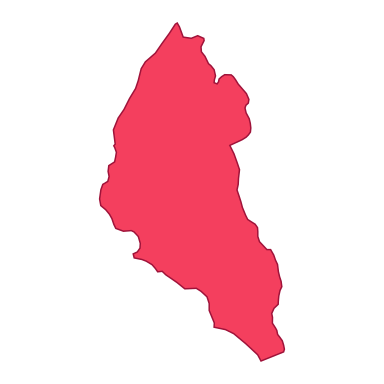 Agios Athanasios, Limassol, Cyprus (Robinson projection)
{"feature_id": "46923920B71165421067195", "entity_name": "Agios Athanasios", "entity_type": "district", "adm_level": 2, "iso_a3": "CYP", "parent_name": "Cyprus", "parent_adm1": "Limassol", "projection": "robinson", "projection_center": [33.058, 34.721], "detail": "fine", "context": "isolated", "style": "filled", "palette": "rose", "viewbox_px": 384, "rotation_deg": 0, "n_neighbors": 0, "source": "geoboundaries", "source_scale": "gbopen_adm2", "svg_char_len": 1845}
<svg xmlns="http://www.w3.org/2000/svg" viewBox="0 0 384 384"><path d="M177.2,23.0L175.3,24.2L169.4,33.3L161.8,43.8L155.4,53.1L145.4,61.8L141.2,68.7L138.2,80.8L135.6,88.5L129.6,98.4L124.0,109.5L118.2,118.0L113.4,129.9L115.2,144.1L113.8,145.8L114.7,147.5L116.4,152.3L115.6,157.2L114.6,161.9L108.8,165.6L108.1,171.4L109.1,176.5L107.8,181.4L102.8,184.4L100.9,189.7L99.6,199.0L100.8,205.6L105.8,209.8L109.5,214.3L111.9,218.6L113.9,224.5L115.8,228.4L123.4,231.2L131.3,230.6L134.0,231.9L138.3,236.5L140.3,243.4L140.0,248.1L137.3,252.0L133.2,253.9L134.2,257.9L142.0,259.5L146.1,261.1L152.1,264.7L155.3,268.4L157.7,271.8L162.2,271.3L165.8,274.8L177.0,282.5L184.8,288.8L196.3,288.3L200.9,291.2L207.0,296.8L209.2,303.5L209.2,310.5L211.6,316.3L214.3,322.9L214.1,327.2L225.5,329.6L233.8,333.7L246.0,343.9L257.7,354.8L261.0,361.0L283.6,351.9L283.7,351.6L284.4,349.2L283.6,345.1L282.3,340.8L280.2,337.8L277.6,334.4L276.8,330.4L275.5,328.0L272.4,323.2L272.5,317.3L271.7,313.5L274.0,308.3L278.2,304.3L278.3,301.4L278.8,295.9L280.0,290.5L281.8,286.7L281.1,281.4L279.6,276.8L278.4,271.7L277.5,264.4L275.5,260.2L273.7,255.0L270.6,249.6L266.9,249.6L259.5,241.7L257.8,236.5L257.8,231.6L257.5,227.6L255.1,224.2L251.1,221.7L247.7,219.5L245.6,215.3L242.4,207.5L240.9,201.8L239.0,195.9L237.0,190.0L238.2,184.4L238.5,178.4L239.5,169.7L237.4,163.4L234.0,153.9L229.8,145.4L242.3,139.6L246.1,137.2L248.4,134.9L250.4,132.1L250.8,128.0L250.3,123.4L249.2,118.7L246.1,112.9L245.0,108.0L245.9,105.3L248.3,103.1L248.9,99.4L246.4,93.6L238.2,84.1L235.5,79.7L233.3,76.7L231.2,74.9L224.7,74.7L221.6,76.7L219.1,79.0L218.5,81.9L217.1,83.9L214.1,82.7L214.4,79.7L215.5,75.9L214.1,69.7L211.1,65.9L210.1,65.0L208.5,63.7L205.0,56.4L201.4,51.8L201.0,46.8L204.1,40.6L203.8,38.4L197.7,35.7L191.3,38.3L183.2,37.1L179.4,26.8L177.2,23.0Z" fill="#f43f5e" stroke="#9f1239" stroke-width="1.5"/></svg>